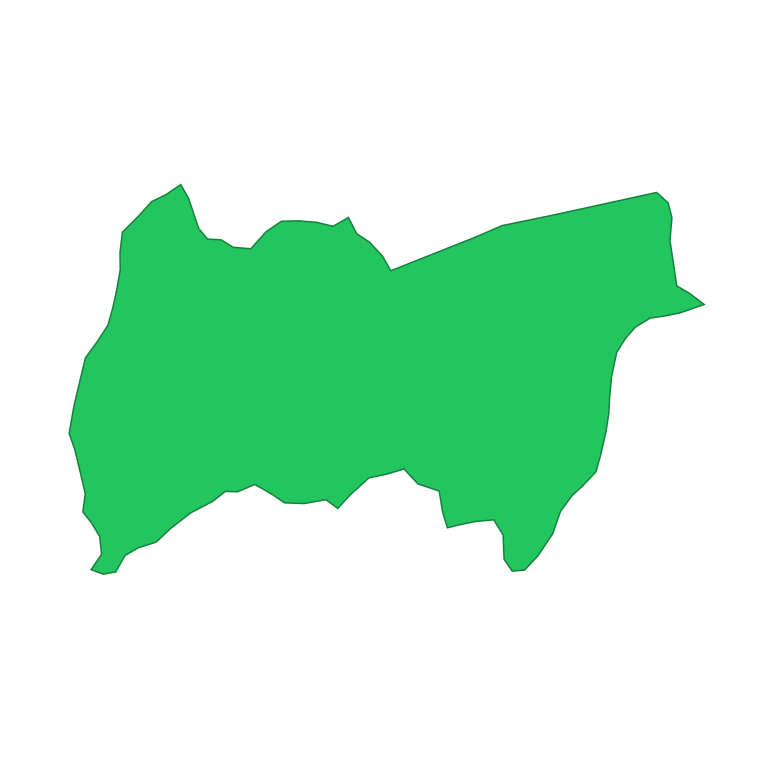 the district of Curral de Cima, Paraíba, Brazil, rotated 190°
{"feature_id": "56859067B74378135751111", "entity_name": "Curral de Cima", "entity_type": "district", "adm_level": 2, "iso_a3": "BRA", "parent_name": "Brazil", "parent_adm1": "Paraíba", "projection": "equal_earth", "projection_center": [-35.284, -6.731], "detail": "fine", "context": "isolated", "style": "filled", "palette": "green", "viewbox_px": 768, "rotation_deg": 190, "n_neighbors": 0, "source": "geoboundaries", "source_scale": "gbopen_adm2", "svg_char_len": 1357}
<svg xmlns="http://www.w3.org/2000/svg" viewBox="0 0 768 768"><g transform="rotate(190 384 384)"><path d="M148.7,620.0L250.3,578.3L295.4,560.4L318.5,545.1L397.0,496.7L407.6,509.6L422.9,521.2L436.9,527.2L448.0,541.8L461.5,530.5L478.5,531.5L496.2,529.9L513.2,526.5L526.5,513.6L538.6,494.1L556.3,492.4L569.3,497.7L582.9,496.1L593.5,505.0L601.1,518.9L608.5,532.5L618.8,545.1L631.8,532.5L644.6,523.2L654.7,507.0L668.0,488.1L666.8,467.5L663.6,450.6L663.6,430.1L664.3,411.5L666.1,394.0L673.7,376.0L682.6,357.8L685.5,309.4L685.5,280.6L677.4,266.3L668.0,244.8L659.2,224.2L658.4,205.7L647.9,196.4L637.5,184.4L632.6,167.2L640.2,150.3L627.4,148.0L615.6,152.3L609.2,170.2L597.4,180.1L580.9,188.8L568.8,205.0L551.9,223.6L532.2,238.8L521.6,250.7L509.5,252.4L493.8,262.7L474.6,255.7L461.3,249.7L441.8,252.4L421.2,260.0L407.9,253.4L397.8,269.3L382.5,288.9L365.5,295.8L349.5,303.8L333.3,291.5L311.1,288.2L304.0,268.0L296.6,253.4L285.3,258.4L270.5,264.3L252.3,269.3L240.5,256.0L235.3,232.2L225.2,221.9L213.2,225.2L202.6,241.5L191.8,266.0L188.1,289.2L179.2,307.1L170.8,318.0L160.0,334.3L158.3,352.2L157.1,375.7L157.5,393.6L159.5,410.5L161.2,431.1L160.3,455.6L153.9,471.2L146.2,483.8L133.4,495.1L120.4,499.4L105.1,505.3L82.5,517.9L98.7,526.2L112.8,531.5L118.9,550.1L127.3,574.9L129.3,597.8L135.7,611.7L148.7,620.0Z" fill="#22c55e" stroke="#15803d" stroke-width="1.5"/></g></svg>